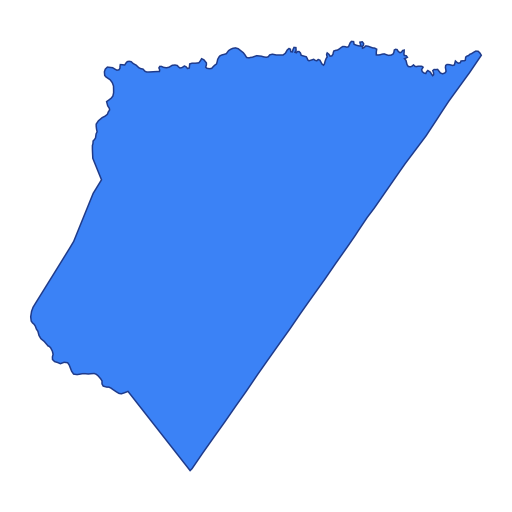 Mandera East, North-Eastern, Kenya (Albers equal-area conic projection)
{"feature_id": "3690345B2279611832844", "entity_name": "Mandera East", "entity_type": "district", "adm_level": 2, "iso_a3": "KEN", "parent_name": "Kenya", "parent_adm1": "North-Eastern", "projection": "albers", "projection_center": [41.581, 3.685], "detail": "fine", "context": "isolated", "style": "filled", "palette": "blue", "viewbox_px": 512, "rotation_deg": 0, "n_neighbors": 0, "source": "geoboundaries", "source_scale": "gbopen_adm2", "svg_char_len": 4277}
<svg xmlns="http://www.w3.org/2000/svg" viewBox="0 0 512 512"><path d="M190.1,470.6L192.0,468.7L203.0,452.6L214.3,436.6L224.6,422.2L236.3,405.3L246.1,391.5L257.9,374.1L267.6,360.3L279.7,343.2L290.2,328.5L300.1,314.0L308.4,302.2L312.6,296.3L324.9,279.1L335.4,263.8L347.2,247.1L355.4,235.2L358.3,230.7L367.3,217.3L374.2,208.2L400.0,171.0L405.2,163.6L426.1,135.8L428.9,131.5L436.3,120.3L441.8,111.8L448.7,101.3L467.6,75.3L469.3,73.0L481.3,55.3L480.0,53.1L478.2,51.3L475.8,51.1L473.8,52.2L471.6,53.6L469.8,54.3L468.5,55.6L467.1,56.0L465.7,57.1L465.3,60.3L464.1,60.8L462.7,60.8L461.0,61.0L460.3,62.7L458.5,63.2L457.1,62.5L455.4,61.0L454.4,64.9L452.7,65.5L450.9,65.0L449.2,64.6L447.0,64.5L445.7,65.4L445.4,67.5L445.9,70.1L446.0,71.6L444.8,73.0L442.6,73.8L440.4,73.0L438.9,71.1L437.6,69.4L435.6,69.6L434.1,69.5L432.8,70.6L433.6,72.9L433.6,74.8L432.7,75.7L431.4,74.0L430.4,72.2L427.8,70.5L426.5,71.9L425.8,73.5L424.1,73.1L422.3,71.7L421.6,69.7L422.4,68.4L423.1,67.2L421.8,66.3L419.8,66.2L418.1,66.2L416.5,66.6L415.0,66.4L413.5,64.9L412.0,66.2L410.5,66.8L408.3,66.5L407.0,64.6L406.0,60.5L404.5,58.6L405.9,58.1L407.4,57.3L406.3,55.8L404.3,55.4L403.9,54.0L404.1,52.2L404.2,50.1L402.6,50.5L401.6,52.0L400.0,52.7L398.3,51.5L397.1,49.6L395.6,49.3L394.3,50.0L393.9,52.3L393.2,53.9L391.2,55.1L388.4,55.4L386.1,54.6L384.3,53.9L382.4,54.1L380.0,54.8L378.1,55.0L376.3,54.9L376.3,51.9L376.7,49.2L374.7,48.1L372.7,47.9L368.3,46.3L365.8,45.9L364.0,47.6L362.5,48.2L362.4,46.4L363.5,45.3L363.6,43.5L362.3,41.8L359.9,42.2L360.3,44.0L361.0,46.1L358.5,45.8L356.3,45.2L354.1,44.3L353.6,41.6L351.4,41.4L350.1,42.9L349.2,45.1L348.5,46.7L346.9,47.2L345.0,46.6L342.8,46.5L341.3,47.4L339.4,48.9L337.4,50.1L335.9,50.3L333.8,51.0L333.3,52.6L333.0,54.2L331.8,55.9L330.1,56.2L329.0,54.4L327.2,52.9L326.6,54.3L326.8,55.7L327.2,57.0L326.2,58.4L325.5,60.1L324.9,62.0L324.4,64.0L323.5,65.2L321.9,63.9L319.9,60.2L318.2,59.5L316.8,60.8L315.0,60.3L313.7,59.3L311.5,60.0L309.0,60.8L307.7,59.9L307.3,58.6L306.3,56.8L303.5,56.0L301.2,55.3L300.4,52.9L299.0,51.5L297.3,51.6L296.4,52.8L295.0,52.3L296.1,50.3L295.9,47.6L294.0,47.4L293.0,49.5L292.4,51.9L290.8,51.7L290.4,49.2L289.0,48.5L287.3,49.9L285.3,53.3L283.0,55.0L280.6,55.0L278.1,55.0L276.3,55.0L274.4,54.6L272.4,54.2L269.7,54.9L268.2,56.8L266.3,57.3L263.8,56.9L261.4,56.2L256.7,55.7L253.8,56.7L252.2,57.3L250.6,57.4L249.0,57.9L246.6,57.5L245.0,54.9L243.3,52.7L238.2,48.7L235.5,47.9L232.9,48.3L230.6,49.3L228.6,50.6L227.4,52.2L226.3,53.7L224.4,54.3L222.0,54.9L220.0,55.8L219.1,56.8L217.7,59.3L217.1,62.0L216.5,64.0L214.6,65.3L212.8,67.1L211.7,68.4L209.3,68.7L206.9,68.3L205.7,67.2L206.4,64.9L206.4,62.9L203.9,59.8L201.6,58.7L200.4,60.8L198.9,62.8L195.6,63.2L192.1,63.2L189.7,63.9L189.3,68.0L187.5,68.5L186.2,66.9L184.4,66.0L182.0,67.6L180.0,68.0L178.5,66.9L177.3,65.5L175.0,65.0L172.2,65.3L169.1,67.2L166.4,67.8L163.4,67.3L161.4,66.4L159.8,66.4L158.9,67.9L159.7,69.9L159.4,71.5L155.6,71.6L152.4,71.8L149.1,72.0L146.7,72.0L145.0,71.3L143.0,69.1L140.7,68.6L138.8,67.7L136.1,65.1L134.7,64.4L132.9,63.3L131.2,61.7L129.1,61.3L127.3,61.6L126.0,63.0L124.7,65.0L122.1,64.7L120.3,64.6L120.0,66.4L120.0,68.1L119.0,69.8L116.9,70.2L114.9,69.1L112.6,67.7L107.4,67.1L105.3,69.1L104.4,71.8L104.7,75.4L105.8,76.8L107.8,78.2L110.2,79.8L112.3,82.7L113.5,86.0L113.6,90.1L113.6,92.8L112.9,96.0L111.2,98.2L108.6,100.2L106.6,101.6L107.7,105.8L109.2,108.1L109.4,108.6L109.6,110.0L108.3,111.9L107.4,114.3L105.0,116.2L102.2,117.6L98.4,120.8L96.2,124.1L96.2,126.2L96.5,128.9L97.1,131.8L96.1,133.9L95.5,138.0L94.4,139.6L93.1,141.0L93.0,143.4L92.4,145.6L92.4,148.9L92.5,151.8L92.8,158.3L101.5,179.8L93.2,193.3L73.7,241.4L69.4,248.6L68.9,249.4L68.4,250.2L56.1,270.1L35.6,303.1L33.1,307.2L31.6,311.2L30.7,316.8L31.2,321.0L32.5,322.9L34.1,324.3L35.3,326.1L36.4,329.1L37.9,331.3L39.0,335.5L40.9,338.7L44.2,341.4L48.2,346.1L48.8,346.1L50.5,347.6L52.3,351.0L53.1,354.3L52.4,356.9L52.5,359.5L54.6,361.6L57.6,362.5L60.4,363.7L64.1,362.3L67.6,362.7L69.2,365.0L71.6,371.2L73.6,374.1L77.1,374.6L80.2,374.1L82.4,373.7L85.4,373.7L88.3,374.0L91.1,373.7L94.2,373.5L96.1,374.2L98.0,375.7L100.6,378.7L102.0,380.9L102.0,383.9L103.2,386.1L106.8,387.1L108.8,387.1L110.8,388.0L112.9,389.5L116.3,391.8L119.0,393.4L121.3,393.8L124.1,392.9L128.0,391.4L190.1,470.6Z" fill="#3b82f6" stroke="#1e3a8a" stroke-width="1.5"/></svg>